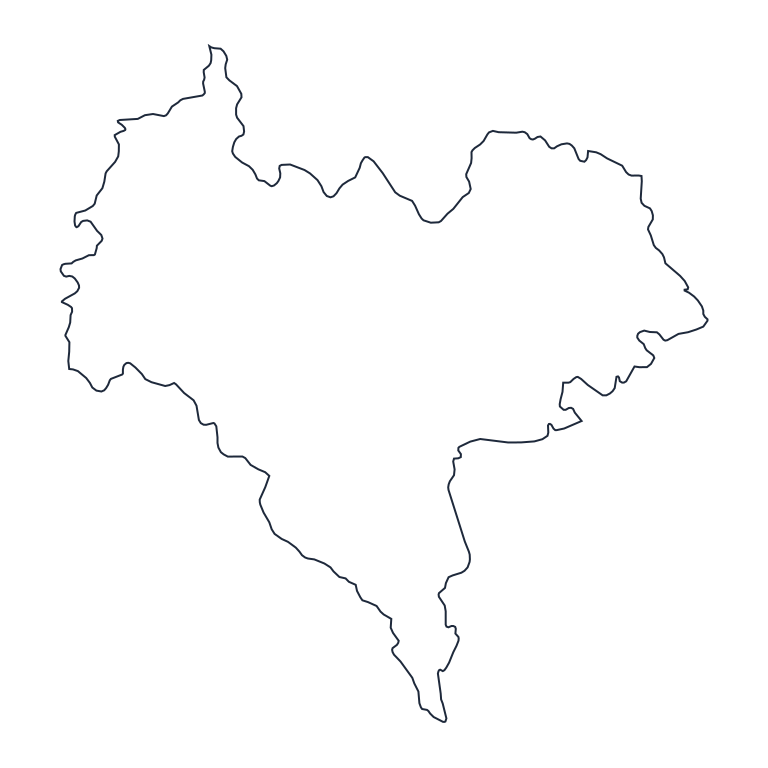 outline of Tra Linh, Cao Bằng, Vietnam
{"feature_id": "81297802B5716614329371", "entity_name": "Tra Linh", "entity_type": "district", "adm_level": 2, "iso_a3": "VNM", "parent_name": "Vietnam", "parent_adm1": "Cao Bằng", "projection": "natural_earth1", "projection_center": [106.323, 22.803], "detail": "fine", "context": "isolated", "style": "outline", "palette": "slate", "viewbox_px": 768, "rotation_deg": 0, "n_neighbors": 0, "source": "geoboundaries", "source_scale": "gbopen_adm2", "svg_char_len": 6034}
<svg xmlns="http://www.w3.org/2000/svg" viewBox="0 0 768 768"><path d="M69.2,369.0L73.0,369.4L77.9,371.1L86.2,378.0L89.9,382.9L92.3,387.5L96.4,390.6L101.4,391.5L104.2,390.3L106.1,388.1L108.1,384.8L109.8,380.3L110.9,378.9L122.2,374.5L122.9,373.6L122.9,369.6L123.4,366.7L124.3,364.9L126.4,363.1L128.2,362.8L130.2,363.3L135.4,367.5L141.9,374.1L145.3,379.1L151.5,382.2L165.2,386.0L169.5,385.1L174.1,383.0L176.0,384.3L184.1,393.0L193.6,400.3L196.5,405.7L198.9,420.0L200.8,423.1L203.6,424.7L206.2,424.8L213.4,423.0L214.4,423.4L216.3,426.3L217.5,437.3L217.5,443.0L218.4,447.6L220.9,452.2L223.7,454.4L227.8,456.6L242.4,456.5L245.3,458.1L250.6,464.9L258.3,469.3L265.2,472.2L269.3,475.9L265.3,487.1L259.7,499.6L259.8,502.3L260.3,504.6L263.6,512.6L269.3,522.3L271.7,529.3L274.6,533.9L281.6,538.9L287.9,541.8L295.8,547.6L299.5,551.7L302.0,555.2L305.1,557.5L307.9,558.5L314.3,559.4L324.4,563.5L330.5,567.4L333.5,571.4L339.4,577.0L345.6,578.4L348.9,581.8L355.7,584.8L357.0,590.9L360.4,597.4L362.4,600.3L368.0,602.1L376.6,606.0L380.5,611.6L383.7,614.5L391.3,618.9L390.7,627.7L393.0,632.9L398.7,640.8L398.2,642.9L396.9,644.9L392.6,648.1L392.1,649.8L392.6,652.1L394.0,654.7L400.5,661.5L412.3,677.8L414.3,683.4L418.4,691.5L419.4,703.2L420.9,707.3L422.1,709.0L427.0,709.9L428.4,711.0L430.1,713.5L433.6,717.0L443.1,721.9L444.5,721.9L445.4,721.5L446.4,718.4L442.7,703.5L441.1,699.4L440.7,693.6L437.9,673.5L438.5,671.2L439.3,670.0L440.2,669.7L442.8,671.1L444.4,670.2L446.3,667.6L449.1,662.6L453.3,652.2L456.5,645.8L458.5,640.7L458.7,638.5L458.4,636.9L455.4,633.6L455.8,628.8L455.2,626.9L453.3,626.0L451.5,626.0L448.4,627.3L446.5,626.6L445.7,624.7L445.7,611.3L444.7,605.5L438.9,596.8L438.6,594.5L439.0,593.1L445.0,587.9L445.9,583.1L448.6,577.2L452.7,575.4L461.4,572.7L464.5,570.8L467.6,567.4L469.6,561.9L469.9,559.3L469.7,554.6L468.9,551.7L464.8,541.5L448.5,489.9L448.2,487.3L448.7,484.3L449.9,481.2L454.0,475.2L454.6,469.4L453.2,461.5L454.0,458.6L458.3,458.3L460.8,457.1L460.9,454.1L458.3,450.5L458.4,447.9L459.4,446.8L470.3,441.6L480.2,439.0L508.3,442.5L521.2,442.4L534.4,441.4L542.4,439.2L547.5,435.8L548.3,432.6L548.0,425.5L548.9,424.0L549.9,423.9L551.4,424.8L553.5,428.6L555.2,430.1L556.8,430.1L564.2,428.5L581.6,421.0L574.8,412.6L573.1,408.9L571.1,407.8L568.8,408.0L565.7,409.8L563.6,409.8L559.9,406.5L559.7,404.2L560.6,399.2L562.5,391.9L563.2,382.7L568.4,382.7L570.3,382.1L573.6,378.9L576.3,377.1L577.8,376.9L581.2,379.0L587.8,385.0L602.6,395.3L606.4,395.3L609.9,393.5L612.6,391.2L614.7,388.1L616.5,376.8L618.0,376.4L619.0,377.5L619.8,381.2L622.1,382.6L623.9,382.6L626.2,381.3L634.5,366.5L639.5,367.2L647.0,367.1L651.0,363.9L654.3,358.0L653.3,355.4L646.7,350.3L645.3,348.2L643.7,344.1L639.3,340.6L637.3,337.6L637.3,335.8L638.1,333.7L640.0,332.1L644.2,330.6L649.9,332.0L656.9,332.3L659.4,334.4L663.5,339.7L665.2,340.6L667.3,340.2L678.5,333.9L688.1,332.2L696.4,329.5L703.3,326.6L707.5,320.7L707.5,319.3L704.8,316.8L703.3,314.0L703.3,310.6L701.9,306.4L697.8,300.4L694.1,296.5L689.0,292.7L684.6,290.6L684.6,289.7L687.7,289.3L688.2,287.4L684.7,281.0L680.1,275.9L665.4,263.3L664.0,257.4L662.4,254.1L659.1,250.4L655.8,247.9L653.8,245.1L650.8,235.4L648.0,229.4L648.4,226.9L652.8,219.4L652.9,215.3L651.7,211.1L650.0,208.4L644.4,205.8L641.6,202.8L640.7,198.7L641.8,181.2L641.5,176.0L638.6,175.5L631.5,175.6L628.6,174.5L626.1,172.1L622.2,165.7L607.1,158.4L600.7,154.2L596.2,152.3L588.1,151.0L587.5,157.4L586.1,160.1L584.4,161.7L580.2,160.8L578.6,159.0L574.3,148.3L571.8,145.5L569.5,143.9L567.0,143.4L561.4,144.3L557.0,146.3L554.2,148.3L551.5,148.3L549.2,146.8L545.1,140.4L540.5,136.5L537.5,137.0L534.9,138.7L532.9,139.5L531.2,139.2L529.6,138.2L527.3,134.1L524.7,132.2L522.4,131.7L516.2,132.7L498.7,132.2L492.9,130.9L489.0,132.4L487.4,134.4L483.6,141.0L480.1,144.5L474.8,148.0L472.5,150.3L471.5,152.1L471.6,158.2L471.1,163.0L466.2,174.2L466.4,177.0L469.1,181.6L470.7,189.0L468.8,193.0L462.7,197.1L453.3,208.9L447.5,213.7L441.0,221.0L438.7,222.3L430.8,222.7L423.5,220.3L421.6,218.5L418.9,214.2L415.1,205.7L412.1,200.9L399.8,195.7L395.2,192.3L382.7,173.1L373.6,161.3L367.8,157.1L365.3,157.1L364.4,157.6L362.5,160.4L360.9,163.2L359.7,167.8L355.2,177.4L348.2,180.9L342.6,184.6L339.4,188.4L336.5,193.2L333.5,196.3L330.5,197.3L326.8,196.0L323.6,192.1L321.4,186.2L317.5,180.1L310.0,173.4L304.5,170.0L290.1,164.5L281.6,164.9L279.7,165.9L279.2,168.5L280.3,173.3L280.1,177.4L278.4,181.0L276.8,183.2L274.0,185.5L271.7,186.2L270.3,185.7L264.4,181.1L258.8,180.3L257.0,178.5L255.4,174.4L252.7,169.8L249.0,166.2L242.1,162.5L235.2,156.9L232.9,153.5L232.2,151.2L232.9,146.9L234.3,142.3L236.2,139.0L239.0,136.5L241.5,135.8L243.4,134.5L244.1,131.5L243.5,126.1L237.1,117.7L236.1,114.6L236.1,108.2L237.1,104.4L241.5,97.3L241.3,93.8L237.0,86.1L229.4,80.4L226.4,77.3L225.2,68.1L225.7,64.3L227.2,59.7L226.3,55.9L223.5,51.3L220.6,48.7L214.3,48.2L211.3,47.4L209.3,46.1L211.4,54.7L211.2,60.2L210.6,63.1L208.9,65.7L203.8,69.9L203.7,72.2L204.6,77.5L204.1,79.8L203.2,81.5L203.1,83.5L204.8,91.7L204.8,93.0L203.8,94.3L202.4,95.5L183.0,98.9L180.3,100.3L178.2,102.4L171.9,106.6L167.8,113.4L166.1,115.3L163.9,116.1L153.0,114.0L144.9,115.2L137.8,118.9L119.8,120.0L117.8,120.9L118.1,122.4L121.8,124.8L124.8,127.8L125.4,129.1L125.2,130.0L123.6,130.9L120.5,131.8L114.7,135.1L114.8,136.7L118.9,144.4L118.8,151.4L118.2,156.4L115.1,161.9L106.7,171.3L105.6,173.4L104.3,181.7L102.4,188.2L96.7,195.5L94.7,203.7L92.8,206.0L85.3,210.5L76.2,212.9L75.3,214.5L74.8,216.2L74.5,221.5L75.1,225.5L76.0,226.8L76.7,227.2L78.4,226.2L81.2,222.0L83.1,220.9L87.2,220.4L90.6,221.7L97.1,230.9L101.3,235.0L102.5,238.6L101.7,240.8L96.9,245.7L96.7,248.1L94.9,254.5L93.9,255.1L88.9,255.2L82.4,258.5L75.7,260.4L73.2,261.9L71.6,263.4L65.3,263.8L63.5,264.3L62.1,265.0L60.5,269.1L60.8,271.4L63.9,275.8L66.2,276.6L69.3,275.9L72.3,276.5L74.8,278.5L77.7,282.5L79.0,285.5L79.1,287.8L77.3,291.2L74.8,293.4L65.0,298.8L61.9,301.4L61.9,302.1L67.8,304.8L71.1,307.0L72.0,308.2L72.1,311.7L70.6,315.1L70.2,322.5L68.8,327.2L65.4,335.0L65.4,335.8L69.4,342.2L69.2,351.8L68.3,361.0L69.2,369.0Z" fill="none" stroke="#1e293b" stroke-width="2"/></svg>